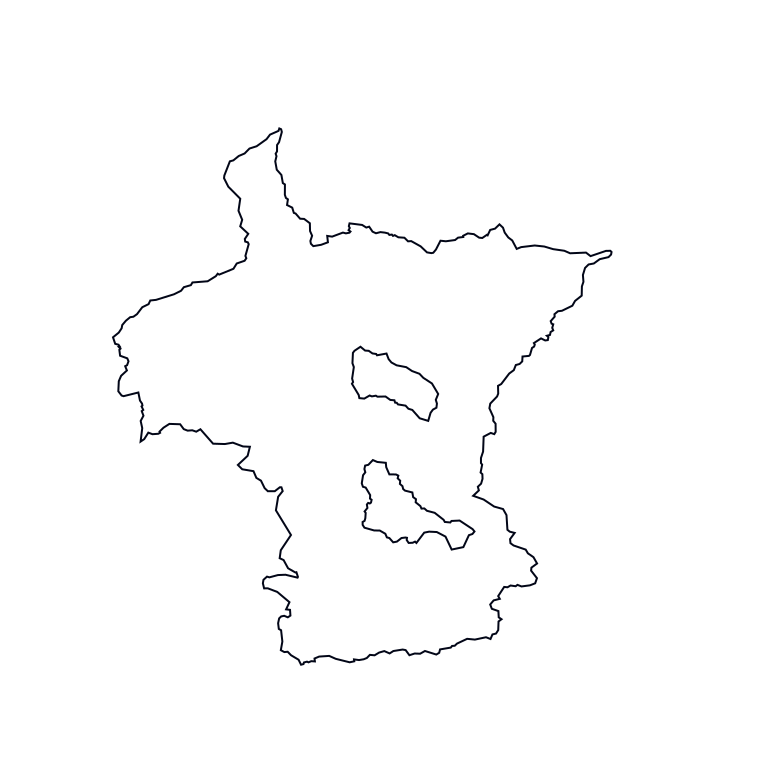 Cañar, Cañar, Ecuador, rotated 73°
{"feature_id": "8360857B37850433241159", "entity_name": "Cañar", "entity_type": "district", "adm_level": 2, "iso_a3": "ECU", "parent_name": "Ecuador", "parent_adm1": "Cañar", "projection": "natural_earth1", "projection_center": [-79.04, -2.473], "detail": "fine", "context": "isolated", "style": "outline", "palette": "ink", "viewbox_px": 768, "rotation_deg": 73, "n_neighbors": 0, "source": "geoboundaries", "source_scale": "gbopen_adm2", "svg_char_len": 6167}
<svg xmlns="http://www.w3.org/2000/svg" viewBox="0 0 768 768"><g transform="rotate(73 384 384)"><path d="M600.4,290.1L593.3,291.7L588.0,295.9L583.8,296.9L576.3,307.3L573.2,309.6L569.2,308.8L564.6,302.6L562.0,306.9L559.5,308.6L545.2,305.2L538.4,306.7L533.4,314.5L523.6,322.5L517.0,331.4L513.5,324.4L509.7,324.3L507.7,320.3L503.5,317.5L499.0,316.3L496.9,317.5L489.8,313.7L488.0,314.4L483.1,312.9L477.6,309.0L463.5,304.1L462.0,296.2L464.2,293.2L462.4,291.2L454.6,288.9L451.1,290.3L447.7,289.1L438.0,290.3L433.8,288.1L429.0,279.5L426.6,277.6L419.1,275.5L418.3,271.9L410.6,261.2L408.7,255.8L404.4,252.4L404.5,248.5L402.8,245.2L398.2,243.5L399.5,237.2L398.9,235.9L392.8,231.9L392.1,229.5L390.4,228.3L388.7,228.7L386.3,220.5L389.5,217.1L389.9,214.5L387.2,213.1L385.5,214.1L385.6,210.9L383.0,209.5L382.2,206.5L379.5,206.7L376.4,204.7L375.3,206.1L372.6,206.2L369.5,201.1L367.1,200.6L365.3,196.3L366.0,192.4L364.2,181.0L360.4,177.0L357.3,169.1L348.5,166.2L344.6,163.4L337.9,161.9L331.8,157.8L329.5,153.4L330.1,148.1L327.7,141.2L328.3,132.2L326.6,129.0L324.3,127.8L322.8,128.6L321.6,132.8L322.1,149.1L317.4,152.4L313.4,167.8L309.3,172.6L304.5,182.8L299.4,190.5L295.6,199.4L293.2,212.8L293.6,217.6L284.2,219.4L280.2,222.3L274.5,224.3L269.3,224.5L265.1,226.9L267.9,232.4L267.7,237.4L272.1,241.4L271.4,241.9L273.1,247.3L271.9,250.2L267.0,254.2L264.5,259.8L265.4,265.0L266.6,265.2L265.7,270.4L267.1,273.9L265.6,283.1L263.5,288.1L270.6,295.0L272.9,298.5L272.7,300.4L270.7,304.4L263.1,308.7L255.3,316.2L254.6,319.3L250.1,321.7L247.9,327.4L244.8,330.2L245.0,332.1L243.4,332.8L243.0,335.3L241.2,336.0L239.5,338.9L237.7,343.0L237.5,347.6L235.0,350.4L229.2,352.2L229.2,355.2L225.5,358.4L220.3,370.0L222.8,371.5L224.8,371.1L226.5,372.9L228.4,371.5L229.2,372.8L228.8,376.4L227.2,379.0L227.9,390.5L225.8,395.0L232.1,396.2L232.5,403.4L231.5,411.3L228.5,412.9L225.7,412.6L221.2,409.4L216.1,410.0L208.6,407.9L202.8,412.1L201.4,415.9L195.1,418.7L194.0,420.2L188.5,420.2L184.5,424.4L179.3,421.9L177.4,423.4L174.1,423.5L164.2,420.4L162.3,422.0L154.1,421.0L147.7,423.9L139.3,422.9L134.7,420.2L132.1,420.3L130.3,418.3L124.2,416.4L122.1,413.7L113.1,408.0L110.3,407.9L109.0,409.4L111.1,410.9L112.2,420.1L115.5,424.7L119.4,436.3L119.5,443.8L122.8,449.9L123.5,456.3L126.1,462.7L126.0,466.3L137.9,475.7L140.4,476.8L149.8,475.2L164.8,467.3L175.8,472.5L185.5,471.6L191.2,475.4L200.7,469.9L204.6,474.7L207.2,475.1L208.7,472.8L210.7,472.5L221.0,479.1L223.5,478.9L225.4,481.3L225.7,489.6L229.8,494.3L231.2,509.6L229.9,510.8L231.7,513.3L234.2,522.6L230.9,537.5L233.0,539.8L232.9,547.1L235.5,550.8L236.8,558.6L236.9,577.4L235.8,583.1L238.8,585.8L239.9,592.7L245.0,599.8L246.4,604.0L245.9,607.2L248.0,612.3L251.1,617.1L254.0,618.6L257.3,622.6L260.1,629.5L267.0,629.3L268.8,626.4L271.1,625.7L271.0,626.8L273.2,625.7L273.9,627.1L279.8,628.1L284.4,622.0L287.6,621.7L290.9,624.2L291.3,626.3L295.9,625.9L299.3,633.0L303.8,636.8L313.3,640.2L318.3,638.3L319.5,636.6L320.3,621.4L328.5,622.2L332.0,621.1L334.0,621.3L334.5,622.4L338.4,621.8L339.1,623.6L344.0,623.3L348.2,627.5L355.5,628.1L367.9,633.6L366.6,629.4L361.6,623.6L364.3,620.1L365.6,614.4L365.2,612.4L363.9,612.6L361.3,607.6L359.4,600.9L362.9,590.7L368.6,588.7L371.2,585.4L372.2,580.9L374.7,577.5L373.6,572.8L391.1,564.9L394.9,553.7L395.9,545.7L402.5,537.1L404.8,530.6L412.8,535.4L418.7,547.4L424.1,544.5L429.2,534.3L436.5,533.5L440.5,529.9L448.7,528.6L452.6,526.4L454.6,519.8L452.3,513.8L452.8,512.3L456.8,512.2L460.9,518.2L473.2,524.3L501.2,517.1L512.8,531.3L520.1,534.7L523.0,531.5L532.2,529.6L538.4,523.8L538.4,522.8L543.3,522.7L543.9,523.3L537.6,534.0L535.7,541.3L535.4,550.1L534.0,552.2L536.0,556.5L539.2,558.1L544.4,558.4L545.4,554.9L551.6,546.9L565.0,538.2L570.9,543.5L572.5,539.9L578.1,541.2L579.0,544.2L576.5,547.2L576.2,550.3L577.5,552.8L581.8,555.2L587.5,556.2L589.4,554.4L600.6,556.5L608.4,560.5L611.2,557.7L611.9,554.4L616.2,552.2L622.7,546.3L628.2,545.4L628.3,542.9L626.9,542.0L627.0,538.8L628.1,537.6L627.8,534.6L629.1,531.2L626.2,530.7L625.7,525.7L628.0,515.9L632.7,510.5L640.1,498.2L640.5,493.5L638.6,493.2L640.7,488.6L641.3,483.9L641.0,480.5L638.9,476.7L640.7,472.3L639.4,467.2L639.5,461.8L643.3,457.4L642.1,453.1L643.4,443.8L644.8,441.1L650.8,439.0L650.7,433.5L652.5,428.3L651.3,422.9L658.0,413.1L657.2,409.8L654.2,408.0L655.6,397.2L654.4,395.5L655.0,392.9L653.6,390.1L652.0,379.0L655.0,371.8L656.0,360.5L659.0,356.7L655.2,353.5L655.4,349.8L652.7,346.7L644.6,343.9L643.3,340.4L640.7,342.5L634.6,341.0L630.5,346.6L625.9,346.9L623.0,342.4L623.3,336.1L620.2,336.8L613.2,328.4L614.5,325.3L613.7,321.9L615.9,317.2L615.1,315.1L617.8,311.7L619.2,303.3L618.8,297.7L614.4,294.5L605.5,297.9L602.7,296.7L600.4,290.1ZM533.7,366.2L535.8,361.1L534.7,359.5L536.7,351.6L548.7,341.7L551.5,340.6L553.3,343.3L553.4,347.0L563.2,355.8L562.1,367.7L547.9,369.8L541.0,376.8L538.4,384.0L537.9,389.0L545.5,399.5L543.8,400.4L544.2,403.0L543.2,406.9L539.8,407.9L537.8,407.0L537.1,408.3L536.4,412.3L538.5,417.7L538.1,421.5L532.9,423.9L531.5,426.1L527.6,426.5L522.9,430.9L521.2,436.2L515.7,444.7L512.5,445.6L509.7,444.8L509.2,442.6L506.9,441.1L501.9,439.2L500.2,439.8L497.7,436.1L494.2,435.6L493.1,433.9L494.1,432.5L493.6,431.1L491.1,429.7L489.5,430.9L486.2,429.7L477.7,431.8L476.1,434.2L472.5,434.3L465.1,430.7L463.0,427.7L459.6,427.6L456.5,425.9L456.7,422.6L453.5,416.9L456.6,413.2L459.9,405.3L464.2,406.2L472.0,405.3L474.0,399.0L475.8,397.1L478.2,398.5L481.2,396.8L484.2,398.0L487.1,396.2L490.0,396.4L492.1,395.1L496.0,388.6L500.7,389.2L503.5,387.1L506.4,388.3L511.4,384.9L514.1,384.6L514.8,381.8L517.8,380.0L522.0,373.2L531.3,366.7L533.7,366.2ZM397.5,338.0L409.4,335.1L414.3,339.1L418.2,339.1L422.0,340.8L422.8,344.7L425.2,347.9L432.2,352.5L427.2,359.9L417.1,364.5L414.8,367.9L411.0,369.7L407.6,376.6L405.7,377.3L405.1,378.8L402.6,378.8L401.1,382.6L396.4,386.2L394.2,394.0L392.8,395.2L392.3,399.2L390.8,401.1L392.2,407.1L390.3,411.7L387.1,411.4L374.4,414.6L373.1,413.0L369.5,412.9L359.0,407.9L354.9,408.1L345.1,404.6L343.6,402.5L341.5,395.6L346.5,392.3L347.8,388.9L351.4,386.1L353.0,382.7L354.5,382.3L355.6,372.7L361.6,372.3L365.6,370.6L369.8,366.5L374.4,357.8L379.8,353.4L384.6,347.1L389.6,344.6L397.5,338.0Z" fill="none" stroke="#020617" stroke-width="2"/></g></svg>